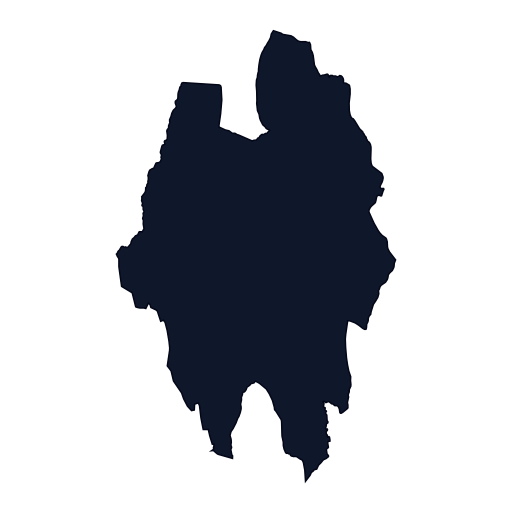 Loima, Rift Valley, Kenya (Equal Earth projection)
{"feature_id": "3690345B72596484741491", "entity_name": "Loima", "entity_type": "district", "adm_level": 2, "iso_a3": "KEN", "parent_name": "Kenya", "parent_adm1": "Rift Valley", "projection": "equal_earth", "projection_center": [35.181, 3.01], "detail": "fine", "context": "isolated", "style": "filled", "palette": "ink", "viewbox_px": 512, "rotation_deg": 0, "n_neighbors": 0, "source": "geoboundaries", "source_scale": "gbopen_adm2", "svg_char_len": 6052}
<svg xmlns="http://www.w3.org/2000/svg" viewBox="0 0 512 512"><path d="M305.5,481.3L310.2,475.1L311.3,472.5L313.4,470.9L314.1,469.8L316.7,469.1L318.5,465.2L321.0,462.7L322.9,460.3L323.9,459.5L326.0,458.6L328.4,456.7L328.5,456.3L328.4,455.6L327.0,453.8L326.4,449.7L327.0,448.5L328.0,447.9L328.4,447.2L327.7,443.1L327.9,442.0L328.5,441.3L329.9,441.2L330.0,440.2L329.5,437.2L329.0,436.7L327.7,437.1L327.5,436.6L327.4,435.2L326.6,434.4L326.2,433.1L326.2,431.7L327.3,430.4L327.5,429.7L327.1,428.9L326.0,429.0L325.5,428.4L326.1,426.4L326.5,423.6L327.7,423.0L328.0,422.0L327.1,420.4L326.8,415.3L326.6,414.7L325.5,413.3L325.7,412.5L326.4,411.3L326.1,410.8L324.9,410.0L325.2,408.1L325.0,407.6L323.7,407.1L323.5,406.3L324.0,403.6L323.0,401.6L324.0,401.2L325.9,402.6L328.0,401.7L329.1,401.7L331.6,403.8L332.9,404.0L334.7,405.6L337.1,405.7L338.2,406.5L339.3,408.8L339.9,412.6L340.4,413.2L341.3,413.2L342.8,412.3L346.9,409.0L347.9,407.9L347.9,405.0L347.4,402.6L348.6,396.9L348.2,395.6L348.4,394.0L349.2,392.0L349.3,389.5L350.8,386.2L350.9,384.5L350.5,380.4L350.7,376.7L348.8,371.2L347.5,364.8L346.5,357.9L345.6,347.2L345.3,339.1L345.7,334.5L347.7,320.7L350.0,320.9L355.2,322.9L358.9,325.3L362.8,328.4L364.5,329.3L365.8,329.3L366.2,329.0L366.5,327.4L366.7,324.1L367.8,322.0L368.2,320.5L368.3,318.3L369.0,316.3L370.7,314.3L371.1,311.7L373.4,304.3L375.4,301.4L377.8,297.3L378.8,293.8L378.5,290.6L379.3,289.1L380.0,286.9L381.1,285.3L385.5,282.2L387.3,279.5L387.9,277.6L388.3,274.8L389.7,272.9L392.3,270.5L393.6,267.9L394.0,266.7L394.3,263.2L395.6,259.9L389.4,251.8L387.9,248.7L387.5,247.1L387.2,241.6L386.4,238.9L385.8,238.0L382.1,235.4L379.8,232.9L378.0,230.3L374.0,223.2L368.9,211.9L369.0,210.1L370.3,207.5L371.7,205.9L374.9,203.1L375.4,202.4L375.9,200.7L376.5,197.5L377.1,196.0L378.0,195.3L380.1,195.5L381.0,196.0L381.6,195.7L382.9,191.5L383.9,189.2L383.6,188.5L380.9,188.5L380.1,187.5L380.0,186.8L380.6,185.0L382.0,182.3L382.6,180.6L383.1,178.1L383.0,176.8L381.8,173.5L372.7,166.6L371.9,165.6L371.1,163.1L370.7,158.9L371.0,149.6L371.0,147.2L370.4,144.4L369.3,142.4L367.3,140.8L367.1,139.8L366.5,139.0L366.1,137.2L364.7,135.6L363.9,133.9L363.0,132.8L362.7,131.8L359.6,128.8L354.6,120.6L353.2,118.8L352.2,118.5L351.7,117.9L350.9,116.8L350.0,114.4L349.3,110.6L349.1,103.0L350.1,94.2L350.1,88.9L349.5,85.6L349.2,85.1L346.0,83.2L343.9,83.0L343.5,82.4L343.5,79.9L343.1,78.3L342.1,76.7L341.0,75.8L339.6,75.6L339.4,76.0L337.3,76.9L335.7,76.0L333.1,76.0L332.5,75.5L330.7,75.4L329.9,75.7L329.7,76.9L329.4,77.0L328.9,76.9L328.0,74.5L327.1,74.1L324.3,75.0L322.5,75.2L320.2,76.1L319.5,74.4L318.3,72.8L317.0,69.8L315.0,66.3L314.4,64.8L313.2,55.5L312.3,52.4L310.8,49.6L310.5,44.7L309.5,42.4L308.0,42.5L305.7,41.7L300.7,41.7L298.5,41.2L296.5,39.9L293.5,37.2L291.0,35.8L282.8,34.4L281.1,33.2L273.4,30.7L271.3,34.0L270.6,37.5L268.9,41.0L267.7,42.8L266.2,45.6L264.6,47.6L263.8,49.7L262.2,52.4L261.1,55.2L259.9,59.5L259.0,64.7L258.5,69.3L258.5,71.5L258.1,72.5L257.5,75.3L257.4,77.3L256.5,80.0L256.2,85.1L256.7,91.2L256.9,100.7L256.7,103.4L257.5,110.7L259.1,114.3L259.7,118.1L260.4,120.1L262.8,124.8L265.1,126.8L266.1,128.3L266.9,128.9L269.7,130.2L269.8,130.5L268.1,131.9L267.1,133.3L265.3,133.5L263.9,134.5L262.0,134.4L261.4,134.7L259.8,136.2L259.1,137.7L257.7,138.2L256.5,140.0L253.8,140.3L252.1,140.9L238.6,135.0L237.3,134.7L235.0,133.3L232.3,133.3L229.0,130.8L225.5,130.0L219.2,127.1L218.9,125.9L220.6,114.0L221.8,100.0L221.1,87.2L220.5,85.6L219.1,84.9L183.1,82.6L181.9,83.0L181.1,84.8L181.1,85.9L179.9,87.1L179.2,90.0L178.4,92.0L178.0,94.1L177.9,97.8L177.6,99.0L177.0,99.9L175.5,101.1L175.3,101.6L175.3,103.2L176.2,105.7L176.3,107.0L175.4,108.3L173.3,110.3L171.8,113.3L171.0,116.5L169.6,119.7L169.6,121.3L169.9,122.5L168.6,125.7L168.6,127.9L167.1,129.9L166.8,131.0L167.4,135.3L167.2,139.0L166.5,140.1L165.0,140.6L164.5,141.1L164.3,141.8L164.9,144.0L164.7,144.4L162.4,145.2L161.9,146.2L161.3,148.4L160.4,151.9L160.4,152.8L161.4,154.6L161.4,155.8L161.0,157.2L161.4,158.6L161.1,159.7L160.5,161.2L159.8,162.1L158.4,162.7L156.8,162.8L155.9,163.3L153.8,168.1L152.0,168.8L149.7,170.2L149.0,171.7L147.9,175.6L148.3,177.4L148.3,179.6L147.9,181.2L148.0,183.0L146.9,184.7L146.7,186.7L145.7,187.7L145.6,190.4L145.1,192.3L141.7,196.8L141.9,198.0L141.6,200.7L142.6,203.3L142.0,205.0L142.0,205.7L143.1,206.4L143.2,209.6L144.1,211.5L144.0,212.0L143.1,213.2L143.4,215.8L142.7,218.2L142.7,218.8L143.3,220.1L143.4,220.9L143.2,224.0L144.0,228.6L142.3,231.8L139.5,231.7L139.0,232.0L137.7,234.9L135.4,235.9L134.2,237.5L132.4,239.0L131.2,241.7L130.8,243.8L128.0,247.1L126.9,247.6L125.6,246.9L124.4,247.3L122.9,246.4L121.8,246.5L121.2,247.0L119.3,250.2L118.1,251.3L117.1,253.5L116.4,254.1L117.4,256.4L118.6,258.2L118.9,259.2L118.9,266.8L121.6,286.4L132.2,292.8L135.7,306.8L137.1,307.4L139.9,308.0L144.0,308.0L145.8,308.5L148.4,303.2L150.0,304.5L150.9,307.5L156.2,310.0L157.4,311.2L160.7,321.3L163.4,320.2L165.1,322.4L167.2,330.5L169.0,341.3L169.7,347.9L169.6,350.4L167.3,365.9L171.1,370.9L173.5,381.0L181.6,392.9L183.7,398.9L187.5,406.2L191.5,410.6L194.3,410.0L194.6,404.2L198.2,402.9L199.1,404.7L199.5,405.7L201.0,418.2L203.2,429.5L208.3,429.5L209.7,435.7L212.3,444.2L213.8,444.1L213.7,444.6L214.0,445.5L213.4,447.9L213.7,449.2L211.6,450.7L213.4,450.5L216.8,453.5L218.1,454.3L232.5,458.4L232.6,455.8L231.8,454.8L230.9,449.9L230.9,449.2L231.5,447.9L231.6,447.2L230.9,445.0L231.3,442.4L231.2,440.5L231.0,438.9L230.0,435.5L231.0,431.6L233.0,428.7L236.0,422.9L237.8,418.1L238.8,416.6L240.3,412.4L241.1,408.9L241.1,406.9L240.6,404.1L241.5,399.9L241.4,397.3L242.4,394.7L242.6,393.1L242.9,392.3L244.4,391.9L245.2,391.1L246.1,389.7L247.0,387.2L249.9,385.1L250.9,383.7L254.0,382.9L255.2,381.2L257.2,382.0L259.6,383.4L266.3,389.0L269.3,393.8L272.4,400.3L274.3,407.1L274.6,409.7L276.0,411.3L281.3,419.8L281.6,421.9L282.0,436.1L283.3,442.2L283.3,445.5L284.1,449.1L285.6,452.6L286.4,453.3L287.7,453.2L288.5,453.8L289.9,453.9L290.6,455.4L291.4,456.0L293.9,456.6L294.8,456.4L296.8,456.7L299.9,458.9L301.9,459.8L302.7,460.9L303.4,462.6L304.8,470.2L305.5,481.3Z" fill="#0f172a" stroke="#020617" stroke-width="1.5"/></svg>